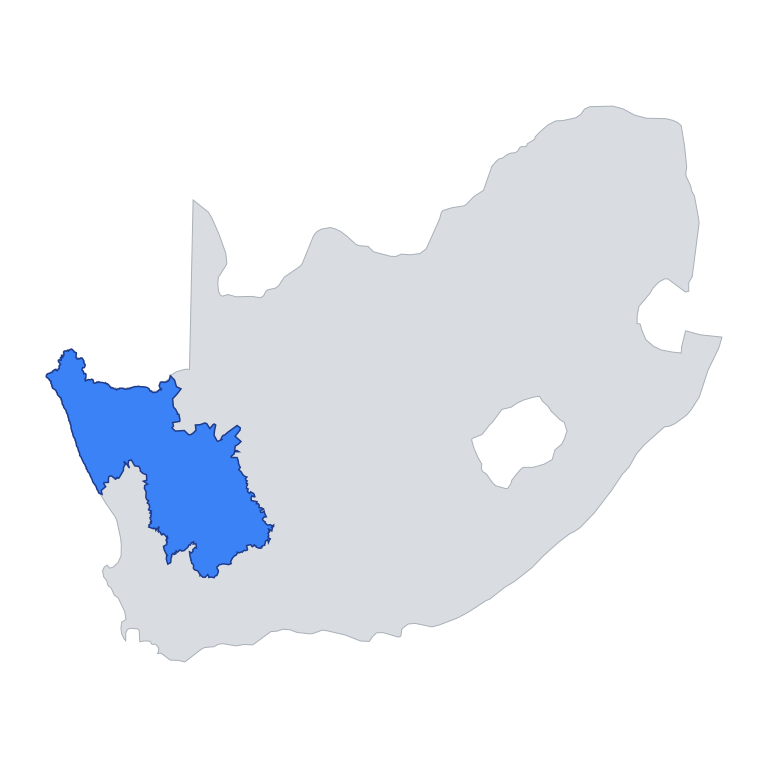 location of Namakwa, Northern Cape, South Africa
{"feature_id": "47623444B2552562251298", "entity_name": "Namakwa", "entity_type": "district", "adm_level": 2, "iso_a3": "ZAF", "parent_name": "South Africa", "parent_adm1": "Northern Cape", "projection": "albers", "projection_center": [17.588, -30.489], "detail": "fine", "context": "in_parent", "style": "filled", "palette": "blue", "viewbox_px": 768, "rotation_deg": 0, "n_neighbors": 0, "source": "geoboundaries", "source_scale": "gbopen_adm2", "svg_char_len": 9630}
<svg xmlns="http://www.w3.org/2000/svg" viewBox="0 0 768 768"><path d="M589.7,106.7L612.9,106.1L623.0,108.9L634.8,115.2L646.2,118.2L665.9,118.7L672.6,120.3L677.7,122.6L681.2,125.7L684.5,145.6L686.7,166.9L685.8,173.5L686.1,176.2L690.5,185.6L691.9,191.4L694.5,196.2L698.7,219.2L699.1,223.1L692.2,276.6L688.7,282.7L688.7,291.3L685.4,292.0L667.9,278.9L664.5,278.9L658.8,282.2L653.1,287.9L650.2,293.0L639.0,306.3L637.2,315.4L637.1,323.4L640.2,324.1L641.8,330.0L645.8,339.6L653.7,346.4L661.4,350.0L672.5,352.1L681.3,353.0L681.6,346.9L685.6,330.8L700.1,334.8L721.9,337.1L719.0,347.5L707.9,370.5L699.3,397.0L691.1,409.8L686.7,415.0L675.1,423.6L669.2,426.2L664.5,426.8L644.3,444.8L636.5,453.8L628.9,467.3L622.2,474.4L611.8,490.1L594.2,513.0L579.9,527.8L573.9,531.8L569.9,533.6L559.0,541.9L543.6,555.6L531.7,567.9L514.4,581.5L504.7,587.3L489.8,599.1L485.8,600.7L469.4,611.5L457.7,617.9L439.2,625.0L432.0,626.9L415.3,623.4L408.2,624.0L401.9,628.8L400.8,636.2L398.3,637.1L383.1,632.6L376.6,632.8L372.6,636.5L369.3,641.4L360.5,641.0L345.0,634.9L326.6,630.7L322.3,630.1L313.1,633.5L309.9,633.9L296.9,632.4L289.7,629.7L282.7,629.3L277.3,631.1L270.8,631.6L252.8,644.9L243.8,644.5L236.0,645.9L222.3,643.6L218.2,644.3L214.0,646.7L204.6,647.5L200.9,649.5L184.9,661.9L178.4,660.4L170.2,660.1L161.1,653.2L157.5,653.5L158.5,651.5L158.8,647.9L155.6,644.2L151.9,644.3L150.0,641.2L144.5,640.9L139.8,641.7L139.1,629.9L136.9,628.7L131.3,628.4L128.6,628.8L127.3,629.9L125.8,632.6L125.7,640.8L123.8,638.4L121.6,633.5L120.9,628.2L121.7,622.0L126.0,619.6L124.8,611.8L118.3,598.1L114.3,595.2L111.2,588.1L108.0,585.6L106.7,580.7L103.6,576.8L102.6,570.6L104.3,567.0L107.0,565.1L109.8,568.2L113.2,567.0L118.1,562.5L121.1,555.8L121.3,544.9L120.6,538.1L116.8,520.5L115.0,516.5L106.2,503.9L95.9,487.0L82.7,460.5L76.4,444.6L66.7,412.4L58.1,394.3L47.4,377.4L46.1,376.3L47.7,374.2L53.3,370.2L55.8,369.1L57.2,369.6L58.5,368.5L59.8,365.9L60.7,359.9L63.3,353.5L65.6,350.8L70.6,349.0L74.4,351.4L76.1,353.7L76.7,356.7L78.4,358.2L81.1,358.1L83.0,360.0L84.1,363.8L83.9,366.7L82.4,368.4L82.6,370.7L84.5,373.5L86.7,379.8L96.8,383.0L102.6,383.4L108.0,385.0L113.2,387.8L121.6,388.6L133.3,387.2L142.9,388.0L150.5,390.8L156.0,391.3L159.4,389.7L160.9,387.2L160.5,384.0L162.2,381.9L166.0,381.1L169.1,378.7L171.5,374.7L176.9,371.6L185.4,369.2L189.5,369.4L193.1,200.0L208.2,212.0L211.6,217.5L218.7,233.5L225.8,253.3L226.8,262.8L226.4,264.8L218.3,277.4L217.8,283.7L218.5,291.2L220.2,294.9L222.4,296.2L227.9,294.5L236.1,296.8L252.0,296.4L259.8,297.7L261.8,297.1L263.7,295.6L265.9,291.2L267.8,289.8L275.3,288.2L278.7,285.7L284.3,277.1L300.5,266.0L302.4,263.2L313.7,235.5L316.9,231.6L321.5,229.1L330.3,227.5L335.4,228.9L340.8,231.6L346.8,236.1L355.7,244.2L358.8,245.6L368.1,246.4L373.5,251.8L390.7,256.3L395.8,256.5L401.4,254.1L410.3,254.8L420.0,253.5L426.2,248.9L439.6,219.0L441.4,212.3L442.8,210.5L452.2,207.7L463.6,205.9L466.0,204.7L473.7,196.7L483.5,190.3L491.9,166.3L496.6,160.9L499.4,158.6L501.0,158.7L503.5,157.4L506.9,154.7L510.7,153.1L515.0,152.8L517.9,151.0L519.4,147.9L521.7,146.5L524.8,146.8L526.7,145.9L527.3,143.8L534.8,139.2L535.1,137.0L539.6,132.2L548.1,124.8L555.9,120.9L562.9,120.6L576.0,117.7L581.0,114.2L584.4,109.2L589.7,106.7ZM532.8,467.4L543.8,464.3L552.2,459.6L555.0,449.8L561.7,444.2L564.5,438.7L567.0,431.0L564.3,422.4L559.6,419.4L551.3,411.3L547.9,406.1L542.8,401.5L539.5,396.3L533.1,397.2L523.1,400.2L516.7,403.3L511.3,407.1L502.0,409.4L492.4,422.2L489.4,425.1L482.0,434.5L472.0,438.5L471.7,440.3L474.1,448.7L477.8,457.1L481.8,464.1L481.3,468.2L482.5,471.5L486.4,474.0L492.6,482.9L495.8,485.8L506.1,488.7L507.7,488.3L511.0,483.7L511.7,480.3L519.7,470.3L523.1,467.4L532.8,467.4Z" fill="#d9dde1" stroke="#a8b0b8" stroke-width="1"/><path d="M202.9,577.2L205.2,577.3L207.7,574.6L208.9,576.7L208.8,577.4L211.1,577.0L214.2,577.7L214.8,576.2L216.9,575.4L218.3,571.9L218.3,570.4L216.9,568.1L216.8,567.0L218.1,566.2L219.0,564.8L223.6,563.8L228.7,564.6L231.2,563.6L230.6,561.8L232.4,558.1L234.3,556.0L236.3,555.0L237.2,553.3L237.2,552.2L239.2,552.9L241.4,551.9L242.2,552.2L244.1,550.3L245.8,550.6L247.0,550.2L247.5,549.6L246.6,545.6L249.4,544.8L250.9,544.8L252.0,546.5L252.6,546.7L254.4,544.8L254.8,545.7L255.9,545.9L256.1,547.0L259.0,548.2L260.8,548.1L261.1,547.3L261.7,547.7L262.2,545.9L264.7,545.2L265.6,541.0L267.7,539.6L268.4,542.6L269.7,539.5L270.3,538.9L268.7,538.0L268.0,536.7L268.8,535.9L268.0,533.0L269.2,532.4L269.3,531.3L268.5,529.1L269.9,529.6L270.5,530.6L271.8,531.0L272.4,527.7L271.7,527.2L273.6,526.5L273.6,525.1L272.7,525.9L270.1,524.7L267.5,525.2L265.1,522.8L265.1,521.7L263.5,521.0L262.4,519.2L263.9,517.2L266.3,516.8L264.5,513.1L264.2,511.2L262.9,512.1L260.7,512.3L260.2,510.4L263.5,509.5L263.7,509.1L261.5,507.8L258.9,507.6L259.3,505.6L259.0,504.7L258.3,503.8L256.4,503.8L257.1,501.7L251.3,500.5L251.1,498.1L251.7,496.0L254.5,496.9L254.9,496.7L253.7,493.6L250.5,491.8L249.7,493.4L247.4,491.5L248.2,489.0L246.5,488.5L246.6,486.2L247.4,484.9L247.5,483.7L246.7,483.7L246.1,483.0L247.2,480.9L246.1,480.5L245.4,478.8L246.9,477.1L244.5,476.2L242.9,474.8L241.2,471.9L238.7,469.6L240.3,467.5L238.7,464.2L238.2,460.7L237.1,457.6L231.2,457.4L231.3,456.1L234.1,454.0L234.4,451.8L238.8,451.7L236.9,450.5L234.6,451.0L235.2,446.1L238.4,444.1L241.0,441.5L235.1,436.3L240.0,430.1L240.3,427.9L237.1,425.5L227.5,432.5L224.9,434.9L223.3,435.3L222.2,436.4L221.0,439.1L221.8,439.6L217.8,441.3L217.1,441.0L214.0,435.2L214.6,430.1L215.7,425.1L214.3,424.0L213.0,424.7L209.9,428.5L206.7,423.6L204.7,423.0L200.1,424.7L195.4,425.0L196.0,430.2L193.1,433.1L190.8,434.6L188.7,434.8L184.3,430.5L175.3,431.1L172.0,427.9L173.5,425.9L172.6,422.6L179.7,421.4L179.9,419.5L178.9,414.3L177.4,414.1L177.5,413.0L175.6,409.3L173.4,407.0L172.6,398.8L176.9,394.2L181.0,388.9L176.4,386.6L174.6,380.2L170.3,375.7L169.5,379.6L168.5,380.8L165.9,382.1L163.7,382.4L161.8,381.9L160.4,382.3L159.2,385.6L159.8,387.6L160.3,388.3L161.2,388.6L161.4,389.4L160.9,390.0L159.3,389.7L157.4,391.7L155.7,392.4L153.4,392.5L152.3,392.2L151.1,390.9L149.8,390.8L149.2,388.9L146.9,387.4L143.6,386.8L140.5,386.8L138.6,386.2L136.9,386.6L134.4,386.6L133.5,387.2L130.8,387.7L129.7,388.8L128.1,388.5L126.1,389.3L123.8,388.9L123.2,388.3L119.7,388.2L119.2,389.0L117.9,388.9L116.6,389.9L115.5,389.0L114.2,388.9L112.4,387.8L110.9,387.9L108.7,384.9L107.5,383.8L106.4,383.9L105.7,382.8L105.3,383.2L101.8,382.4L100.2,382.5L98.9,381.7L98.1,382.6L97.0,381.9L96.0,382.9L94.7,383.3L93.5,382.7L93.2,380.5L92.8,379.6L91.5,379.2L90.5,379.9L88.4,379.5L85.5,380.9L85.1,380.5L85.3,378.5L85.8,377.6L86.0,374.1L85.2,373.5L83.9,373.8L83.3,371.1L82.3,370.4L82.0,369.5L82.6,367.8L84.1,367.7L84.5,367.3L85.3,365.0L83.7,362.4L84.0,361.2L82.6,358.7L82.0,358.0L81.0,357.9L79.7,358.9L78.8,358.5L77.8,359.1L77.1,359.0L75.8,357.0L76.4,353.5L76.2,352.6L74.0,351.9L73.5,350.7L71.7,349.1L69.2,350.0L68.4,351.1L67.3,350.3L66.5,351.1L64.3,351.0L63.5,352.1L63.9,353.1L63.8,355.6L63.1,356.0L62.1,355.3L61.5,355.3L61.5,356.1L62.5,357.4L60.7,357.5L60.4,357.9L61.3,359.0L61.3,360.1L60.4,360.4L59.3,359.6L58.4,360.3L58.4,361.6L60.6,364.4L59.0,366.0L59.4,368.0L59.1,368.6L58.3,369.1L57.3,370.7L56.3,370.6L55.9,369.4L55.1,369.5L53.1,370.8L52.1,372.4L47.4,373.9L46.4,375.1L46.3,377.0L48.7,378.7L49.7,380.3L51.1,381.3L50.8,382.9L51.7,384.7L51.7,386.0L52.3,386.4L52.5,388.1L56.0,390.4L56.6,392.3L57.3,392.9L57.2,394.0L58.4,395.8L61.2,398.1L61.1,398.9L62.3,402.4L62.1,403.6L62.7,405.0L63.3,405.2L63.8,407.5L66.1,410.4L66.5,412.7L67.5,414.0L68.1,417.0L69.0,419.4L68.7,420.2L70.1,422.3L70.2,423.8L71.0,425.6L71.1,428.7L72.0,431.0L71.8,431.4L73.0,433.9L72.8,434.6L73.5,436.8L75.2,439.2L75.2,440.5L76.0,442.1L76.6,446.2L77.8,447.6L78.3,450.3L79.6,453.2L79.7,455.4L81.2,457.4L83.7,463.0L85.1,464.7L85.3,465.9L86.5,467.5L86.1,468.6L87.3,470.0L87.7,471.5L89.8,473.9L90.2,475.8L91.9,479.0L93.0,482.3L96.1,486.3L96.9,489.2L98.2,491.2L98.5,492.4L99.0,493.2L102.1,494.3L101.2,490.4L105.7,486.7L103.8,483.8L103.9,482.6L108.4,482.4L108.5,477.8L108.9,476.5L111.0,475.9L111.9,476.2L115.4,479.2L116.8,478.4L116.4,477.7L117.1,477.4L118.7,478.2L119.1,477.8L123.4,470.5L123.5,467.4L125.2,464.4L123.9,461.3L126.4,463.7L129.5,468.1L128.0,464.2L128.7,460.6L131.4,460.0L134.8,465.9L138.9,466.4L140.3,469.1L140.3,471.0L142.9,473.4L146.5,474.7L146.7,480.3L143.4,481.2L147.6,484.0L144.7,485.5L144.4,488.4L146.1,491.7L145.9,497.4L146.7,499.6L148.6,500.6L147.2,502.9L149.2,504.5L149.2,505.7L149.7,506.1L149.4,508.0L148.2,510.2L148.8,509.8L149.6,510.5L151.3,510.9L149.9,513.0L151.3,513.0L151.4,514.2L150.6,515.4L151.0,516.2L150.7,517.3L150.0,517.5L150.4,519.2L151.5,521.2L151.4,521.8L150.4,521.9L150.4,522.6L151.2,523.2L148.9,525.0L149.1,526.2L148.7,527.0L153.3,528.7L153.8,528.1L154.5,528.6L155.5,528.4L155.9,530.4L159.1,526.5L158.0,531.3L158.5,531.9L159.0,531.2L160.3,532.2L160.6,533.5L161.8,534.9L162.5,534.6L163.1,533.6L164.3,534.4L165.9,536.3L166.6,536.5L166.7,538.6L167.5,537.0L167.7,538.3L166.1,539.7L166.3,540.7L166.6,540.5L167.1,541.3L166.8,542.1L167.2,542.5L166.5,543.9L166.7,544.6L163.5,546.3L164.2,549.8L166.7,554.9L167.1,554.8L167.5,555.4L166.6,556.0L166.3,559.1L167.8,564.1L170.1,563.0L170.8,562.1L171.0,558.2L171.8,556.3L171.6,554.8L172.9,553.4L173.9,554.5L175.9,553.6L175.0,552.5L175.9,552.1L176.2,551.0L177.2,552.2L178.7,551.4L179.4,549.9L180.6,550.1L181.5,551.0L184.0,550.7L188.0,547.1L188.7,545.1L190.4,545.0L191.1,543.2L191.9,542.4L193.7,542.0L193.1,544.0L196.0,543.9L196.4,547.9L195.0,547.5L192.8,549.7L193.1,551.1L191.5,552.9L189.5,551.8L190.1,556.7L191.0,559.2L190.7,559.8L191.5,561.7L191.7,563.2L193.2,564.4L193.6,565.2L193.4,568.3L194.5,569.8L197.7,570.8L199.2,573.3L199.8,573.6L200.0,575.7L200.7,575.3L202.9,577.2Z" fill="#3b82f6" stroke="#1e3a8a" stroke-width="1.5"/></svg>